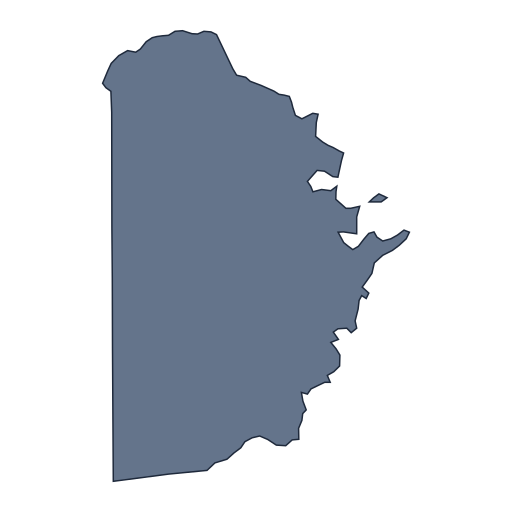 outline of Jundiaí do Sul, Paraná, Brazil
{"feature_id": "56859067B90908496279670", "entity_name": "Jundiaí do Sul", "entity_type": "district", "adm_level": 2, "iso_a3": "BRA", "parent_name": "Brazil", "parent_adm1": "Paraná", "projection": "natural_earth1", "projection_center": [-50.188, -23.472], "detail": "fine", "context": "isolated", "style": "filled", "palette": "slate", "viewbox_px": 512, "rotation_deg": 0, "n_neighbors": 0, "source": "geoboundaries", "source_scale": "gbopen_adm2", "svg_char_len": 1805}
<svg xmlns="http://www.w3.org/2000/svg" viewBox="0 0 512 512"><path d="M102.6,83.3L105.9,87.7L110.9,91.3L111.7,112.4L111.9,227.4L112.3,278.0L112.5,348.1L113.3,481.3L168.5,474.1L207.0,470.4L214.9,462.9L227.0,459.2L234.0,452.9L240.8,447.8L244.9,441.7L252.1,437.8L259.7,436.0L267.8,439.5L276.3,445.1L285.7,445.7L292.2,439.9L298.8,439.3L298.6,428.3L301.9,420.4L302.7,413.6L306.2,409.9L302.9,401.1L301.4,392.4L307.4,394.1L311.0,388.9L318.2,385.4L324.7,382.3L330.2,382.3L327.3,375.4L333.8,371.7L339.6,366.0L339.9,355.1L336.1,348.9L330.8,342.4L338.4,339.4L333.3,332.1L337.9,328.8L346.8,328.2L351.2,332.7L356.7,328.2L355.1,320.9L358.1,309.1L359.1,300.4L361.7,295.6L366.2,298.5L368.8,293.1L362.2,287.1L367.5,279.8L371.9,273.4L374.3,262.9L378.1,259.5L382.7,255.3L392.4,250.4L399.2,245.3L406.2,238.8L409.4,232.2L404.0,230.1L397.4,235.1L390.8,238.8L382.7,241.0L376.9,237.1L374.0,231.9L368.8,233.4L364.0,239.0L358.4,246.3L352.8,249.6L348.3,246.3L343.7,242.6L338.1,232.2L343.4,231.9L356.7,233.8L356.7,216.9L359.7,206.3L350.7,208.3L345.9,208.3L342.0,204.8L335.8,199.3L336.0,191.7L336.8,186.2L330.8,190.7L321.6,189.5L312.9,191.8L310.8,186.5L307.4,181.4L317.1,170.4L324.5,171.2L332.8,176.6L337.9,177.2L341.5,160.5L343.6,153.0L339.1,150.9L333.1,147.5L328.0,145.3L322.6,142.0L315.6,136.4L316.3,122.5L318.1,114.2L312.8,113.3L301.9,118.8L295.4,115.4L292.8,107.4L291.5,102.1L289.3,96.4L284.1,95.1L278.9,94.3L274.1,91.2L266.7,87.9L261.3,85.5L250.2,81.3L245.7,77.3L236.6,75.2L232.8,68.8L216.5,34.6L211.0,31.9L203.9,31.3L197.6,34.0L192.0,33.7L182.6,30.7L175.0,31.3L168.5,35.3L162.5,35.8L157.0,36.5L152.2,37.7L146.2,41.7L140.3,49.1L135.7,52.2L127.6,50.6L118.8,55.6L111.2,63.4L107.7,71.0L102.6,83.3ZM369.3,201.9L381.2,201.9L387.0,197.7L378.9,193.9L373.6,197.8L369.3,201.9Z" fill="#64748b" stroke="#1e293b" stroke-width="1.5"/></svg>